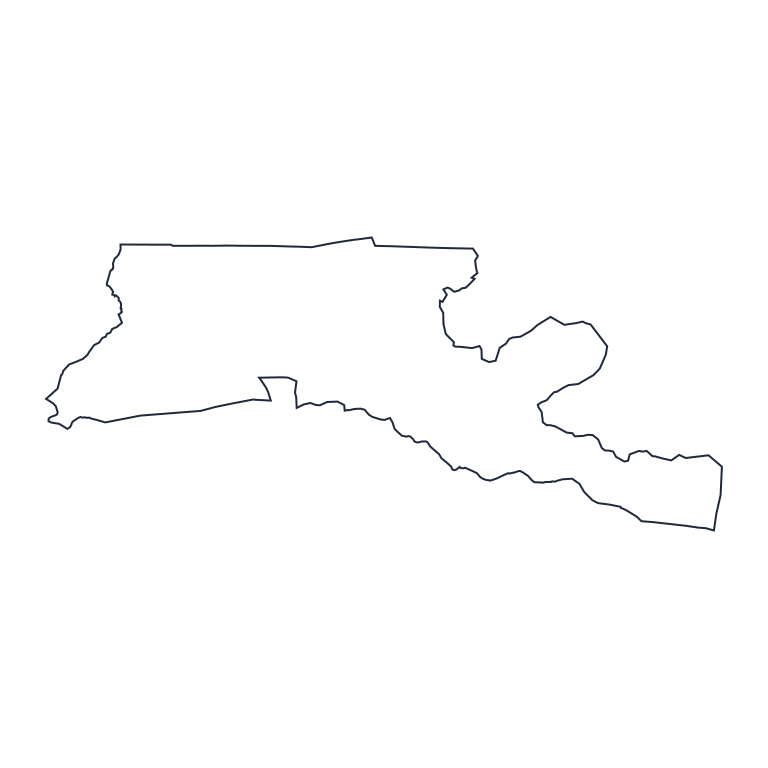 Epe, Lagos, Nigeria (Mercator projection)
{"feature_id": "59680162B97817900806996", "entity_name": "Epe", "entity_type": "district", "adm_level": 2, "iso_a3": "NGA", "parent_name": "Nigeria", "parent_adm1": "Lagos", "projection": "mercator", "projection_center": [3.96, 6.53], "detail": "fine", "context": "isolated", "style": "outline", "palette": "slate", "viewbox_px": 768, "rotation_deg": 0, "n_neighbors": 0, "source": "geoboundaries", "source_scale": "gbopen_adm2", "svg_char_len": 4702}
<svg xmlns="http://www.w3.org/2000/svg" viewBox="0 0 768 768"><path d="M467.2,248.5L456.6,248.3L447.6,248.1L433.6,247.7L426.8,247.5L410.7,246.9L393.0,246.3L391.2,246.2L385.4,246.1L381.3,246.0L375.1,245.8L374.5,244.3L371.8,237.5L362.2,238.8L361.9,238.9L353.8,239.8L338.6,242.1L330.6,243.5L313.6,246.8L311.9,247.2L303.7,246.9L299.4,246.7L290.1,246.5L271.6,245.9L267.2,245.9L245.5,245.8L235.7,245.7L226.6,245.6L211.0,245.8L204.5,245.7L188.4,245.8L179.4,245.8L172.8,245.8L170.9,244.7L170.1,244.7L157.7,244.7L143.6,244.6L120.5,244.5L120.6,249.5L118.7,254.5L116.9,256.7L114.6,258.7L112.9,263.7L113.2,265.4L113.1,268.6L112.3,269.0L112.0,269.9L110.9,270.3L110.0,272.1L109.2,275.3L106.9,283.3L106.8,284.4L107.1,285.5L108.6,285.9L109.9,287.0L111.9,289.6L113.1,291.9L112.5,293.2L112.4,294.7L113.3,294.7L113.8,295.0L114.0,295.2L114.7,296.2L115.2,295.3L116.1,295.5L116.7,295.9L117.6,297.0L118.5,297.7L118.7,298.2L118.8,298.8L118.8,299.3L118.6,300.2L119.7,301.4L120.1,301.6L120.4,302.3L120.9,303.5L121.1,303.9L121.1,304.3L121.0,304.6L120.9,305.0L121.0,305.3L121.1,305.8L120.9,306.5L120.8,307.1L120.9,307.5L120.8,307.8L120.7,308.2L121.1,308.2L121.4,308.5L121.5,309.1L121.3,309.5L121.4,309.8L121.2,310.8L121.9,311.9L120.1,313.6L118.6,314.4L122.0,322.8L116.7,327.1L112.3,328.9L110.1,332.8L106.9,333.9L105.7,336.7L102.4,337.9L99.2,342.5L94.0,345.2L89.2,351.9L87.5,354.8L82.9,358.9L76.8,361.5L69.1,364.5L63.4,370.7L62.1,374.5L61.1,375.2L57.6,388.6L46.1,398.9L53.1,403.3L55.8,406.2L57.6,412.0L57.6,412.8L57.1,414.2L55.9,415.1L54.3,415.7L51.2,416.8L49.4,417.9L48.7,418.8L48.5,419.8L48.6,420.9L48.6,421.3L49.7,421.7L50.9,422.4L54.0,423.0L59.0,423.8L60.4,424.6L67.4,428.9L70.1,427.1L71.4,424.6L71.9,422.7L73.3,421.1L75.1,420.0L77.8,418.1L80.3,417.0L82.6,417.6L84.6,417.3L86.7,417.8L89.2,417.6L90.3,418.1L91.7,418.7L96.6,419.9L105.3,422.4L140.4,415.6L200.7,410.9L215.2,407.0L231.2,403.7L253.2,399.5L255.7,399.8L270.8,400.6L268.1,392.0L265.9,387.4L260.6,379.6L259.1,377.7L280.6,377.3L287.1,377.5L288.8,377.9L296.5,381.3L295.0,392.5L296.2,397.2L296.7,407.9L303.8,404.4L310.4,403.0L315.7,404.9L319.8,405.3L327.1,402.0L337.5,401.6L344.2,405.1L344.7,410.7L347.4,410.0L348.3,410.3L352.2,409.5L354.2,409.0L355.3,409.1L356.8,408.7L358.8,408.8L360.6,408.6L362.0,409.2L363.5,409.3L364.5,409.7L365.0,410.3L365.8,410.9L366.9,412.6L368.1,413.6L368.8,414.7L370.5,415.6L372.1,416.8L375.3,417.8L380.6,419.5L384.6,419.9L390.0,418.0L392.6,422.6L394.5,428.7L396.8,431.1L401.7,435.6L405.9,436.6L408.7,436.1L410.5,436.7L413.3,439.3L414.0,440.8L415.4,442.0L417.8,442.5L421.9,441.5L425.9,441.4L427.7,442.5L429.4,445.1L429.7,445.8L431.0,447.2L439.1,454.2L441.4,458.2L446.7,462.5L451.3,466.8L452.2,469.3L454.2,470.2L456.6,469.4L459.7,466.9L460.9,468.1L463.8,468.3L465.0,467.7L473.1,471.3L477.1,473.3L480.0,476.9L483.0,478.8L486.3,480.0L488.8,480.2L489.6,480.7L490.3,480.5L492.9,479.8L496.9,478.4L504.3,474.8L505.5,474.4L507.3,473.5L508.3,473.2L509.3,473.6L513.1,472.6L513.6,472.8L518.2,471.2L520.0,470.9L523.0,472.5L524.0,473.2L528.0,475.9L531.5,479.9L534.2,482.2L541.6,482.5L542.3,482.8L545.6,482.0L548.0,482.0L551.3,481.9L552.1,481.3L553.7,481.6L555.4,481.5L556.6,480.9L562.6,479.3L572.1,478.7L579.5,483.9L581.3,487.1L584.3,492.1L592.4,500.2L597.9,503.1L609.0,504.5L620.5,506.8L620.8,507.8L625.5,509.8L637.1,516.9L641.4,521.2L653.9,522.2L686.8,525.9L698.2,527.6L705.9,528.2L713.9,530.5L716.4,513.5L720.6,495.0L721.9,466.7L708.5,455.3L685.8,458.0L679.2,454.9L671.3,460.4L663.1,458.6L654.8,456.3L652.5,456.2L646.6,450.9L642.7,451.6L642.2,451.6L639.0,450.9L629.7,454.4L628.1,460.7L624.4,461.5L616.0,456.8L613.2,451.6L609.8,450.7L604.9,450.4L601.8,448.0L598.1,439.4L592.7,435.1L587.8,434.8L583.2,435.9L574.8,436.3L572.4,433.2L566.7,432.6L555.2,426.4L550.3,425.2L546.6,425.1L542.9,422.3L541.6,411.9L539.4,408.6L538.3,407.0L537.8,404.7L541.4,402.3L546.7,400.2L550.8,395.5L554.0,392.3L557.2,391.6L562.9,388.0L568.6,385.1L578.2,384.0L580.1,382.9L593.5,375.1L599.8,368.6L605.8,354.7L607.2,346.3L602.7,340.4L592.0,326.3L590.6,324.5L585.4,323.0L582.7,321.6L576.1,323.1L564.3,324.8L550.5,316.9L537.5,325.0L531.1,330.7L520.5,336.7L512.8,337.5L509.2,338.9L505.9,343.7L499.7,347.8L498.3,352.4L497.5,354.9L495.7,360.6L489.2,362.1L481.8,358.9L481.5,349.6L479.5,346.0L472.1,348.1L460.3,346.8L455.2,346.6L453.4,345.4L453.9,342.2L453.4,341.7L447.5,335.8L447.4,335.6L445.8,334.0L443.5,324.2L443.2,312.8L439.8,306.9L439.9,302.1L440.0,300.7L442.5,301.9L444.3,298.9L446.8,294.8L443.4,289.4L447.2,287.7L448.6,287.9L450.7,289.1L454.2,291.8L459.2,290.4L462.0,288.3L465.6,287.8L469.9,283.8L474.6,278.8L471.7,277.7L476.2,274.0L476.3,274.0L477.4,273.1L476.9,271.6L476.0,267.7L475.1,260.6L477.9,255.9L472.9,248.6L467.2,248.5Z" fill="none" stroke="#1e293b" stroke-width="2"/></svg>